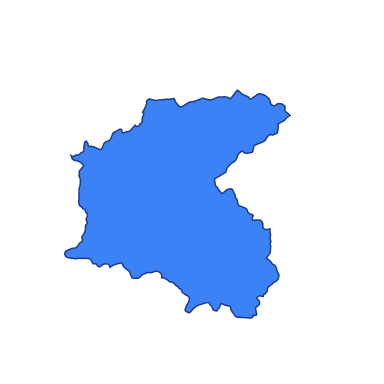 outline of Tra Bong, Quảng Ngãi, Vietnam, rotated 213°
{"feature_id": "81297802B78342510004852", "entity_name": "Tra Bong", "entity_type": "district", "adm_level": 2, "iso_a3": "VNM", "parent_name": "Vietnam", "parent_adm1": "Quảng Ngãi", "projection": "natural_earth1", "projection_center": [108.495, 15.224], "detail": "fine", "context": "isolated", "style": "filled", "palette": "blue", "viewbox_px": 384, "rotation_deg": 213, "n_neighbors": 0, "source": "geoboundaries", "source_scale": "gbopen_adm2", "svg_char_len": 6021}
<svg xmlns="http://www.w3.org/2000/svg" viewBox="0 0 384 384"><g transform="rotate(213 192 192)"><path d="M73.1,120.5L73.7,121.5L71.7,123.0L70.9,124.2L71.1,124.6L75.5,129.2L75.4,130.2L74.3,134.2L74.4,135.1L75.4,136.3L76.2,137.0L77.4,137.6L79.3,137.7L79.6,138.0L79.9,138.7L79.6,140.6L78.7,141.8L78.1,142.1L75.6,142.9L75.3,143.2L76.0,144.7L76.1,145.2L75.1,146.7L75.0,147.8L75.1,149.8L75.3,150.6L76.3,152.4L76.4,153.2L75.9,155.2L75.0,157.3L74.6,158.6L74.5,159.8L74.0,160.9L73.1,162.5L72.5,164.2L72.4,165.7L73.2,168.6L73.5,169.2L75.1,170.7L75.9,170.8L76.6,171.2L80.0,174.3L82.6,175.7L83.1,175.8L84.7,175.3L85.3,175.4L87.7,176.4L90.2,176.8L92.6,176.9L93.7,177.2L93.5,178.4L93.3,182.7L93.7,184.3L96.7,189.8L98.2,190.9L98.4,191.3L98.7,193.0L98.9,193.4L99.4,194.0L100.7,194.9L101.3,195.6L101.9,197.1L102.7,198.7L104.8,200.8L106.2,202.8L106.5,203.5L107.4,202.5L109.4,200.9L110.4,200.4L111.6,200.3L112.5,200.4L113.7,201.5L114.7,203.1L115.7,204.4L117.9,205.5L119.2,205.4L120.2,205.2L123.6,203.0L125.2,201.5L125.8,201.3L127.0,202.5L127.6,203.2L127.7,203.7L127.6,205.3L128.0,205.8L129.9,205.6L131.4,205.2L133.6,205.3L134.5,205.6L135.5,206.6L136.5,207.3L137.2,207.5L138.0,207.6L141.9,206.9L144.5,206.2L145.2,206.2L146.3,206.6L147.7,207.7L150.4,210.4L151.0,210.7L152.4,210.9L152.9,211.2L153.8,212.5L154.4,213.1L155.4,213.5L159.0,215.9L159.9,216.2L160.4,216.2L161.6,215.5L163.8,213.5L164.9,210.0L165.4,207.9L165.6,207.4L166.0,207.2L166.6,207.2L168.2,207.5L171.5,208.6L174.0,210.0L175.6,209.8L180.1,215.0L179.8,216.0L179.4,217.2L177.7,220.1L175.9,224.2L174.5,226.6L174.5,227.4L174.9,228.1L175.0,229.2L175.6,230.7L175.7,231.7L174.6,237.3L174.3,238.2L173.0,240.7L172.7,242.1L173.0,245.3L173.7,247.9L173.7,249.0L173.3,250.3L172.9,252.9L172.4,253.4L169.3,253.5L167.8,253.8L164.6,256.5L163.0,258.4L165.0,264.4L165.0,265.1L164.4,266.1L159.8,272.7L159.0,274.5L158.7,276.0L158.8,280.3L158.5,281.6L157.4,282.8L155.6,283.6L154.9,284.2L154.1,285.8L152.9,287.1L152.8,287.4L152.9,288.5L153.6,290.4L155.0,293.3L156.2,295.0L156.6,295.9L156.4,297.0L153.9,301.5L153.4,302.7L153.3,303.6L153.4,305.3L151.5,309.5L154.1,310.1L155.2,310.2L156.4,310.2L157.9,310.5L158.9,311.6L160.3,314.2L160.7,314.5L162.7,314.8L164.3,314.8L165.1,314.6L167.1,313.6L168.2,312.6L169.5,309.6L169.9,309.2L171.4,308.5L173.3,308.6L174.2,309.1L176.6,311.2L177.7,312.0L178.5,312.3L182.5,312.7L184.6,312.7L187.4,311.8L188.5,311.3L189.5,310.7L190.3,309.5L190.7,308.0L191.8,305.6L192.5,303.3L193.0,302.1L193.9,301.7L196.9,302.4L203.0,301.4L204.3,301.5L207.2,302.1L209.5,302.1L210.4,291.4L210.6,291.0L214.3,290.6L216.6,289.6L218.6,287.9L221.0,286.5L221.9,285.6L223.6,283.2L225.1,280.9L226.6,279.3L228.6,278.3L233.2,276.8L234.1,276.4L234.7,275.9L237.5,271.8L239.7,269.0L243.0,266.1L243.5,265.4L245.5,260.9L246.7,258.6L247.7,257.4L248.2,257.0L249.1,256.8L251.2,257.3L253.8,258.2L255.1,258.8L257.9,260.7L261.5,257.5L264.6,255.5L267.3,253.0L269.7,251.2L271.6,249.5L273.1,248.7L275.6,247.7L278.3,247.0L279.4,245.1L279.6,244.1L279.4,243.1L279.2,242.7L278.1,241.6L277.8,240.5L276.9,233.6L276.9,231.9L275.1,231.5L274.8,231.0L274.4,228.4L273.3,225.7L271.8,222.8L271.9,222.4L272.7,221.2L272.6,218.5L273.5,217.2L274.5,216.7L276.2,217.0L276.4,214.9L277.5,208.9L277.7,208.4L279.0,207.6L279.8,206.8L282.1,203.6L285.1,205.8L285.8,205.9L286.5,205.5L286.9,205.0L287.5,204.0L288.5,201.8L290.1,199.4L290.3,198.0L289.1,192.3L289.1,191.1L289.8,189.6L290.8,188.5L292.0,186.2L292.2,185.3L292.2,184.6L291.4,180.7L291.4,179.0L291.6,178.0L291.9,177.5L297.5,176.6L300.8,175.8L303.4,174.1L303.8,174.1L304.5,174.5L305.6,175.9L308.4,177.1L309.0,176.0L309.0,175.0L307.1,170.7L305.2,167.9L305.1,166.8L306.6,164.0L307.2,161.5L307.7,160.9L309.3,159.9L309.7,159.5L310.2,158.2L310.2,157.5L310.4,157.3L311.0,157.2L311.7,156.6L313.1,156.6L312.0,155.9L310.9,154.8L310.1,154.5L308.7,154.4L307.6,154.6L305.5,155.6L302.9,156.1L299.1,155.9L297.8,155.7L297.4,155.0L297.2,154.1L297.9,148.1L297.8,147.5L296.3,146.0L295.8,144.3L295.6,143.9L294.6,143.2L293.2,142.5L290.8,139.2L289.2,136.0L288.6,133.3L286.4,130.2L284.9,127.4L283.4,125.4L281.7,122.1L281.1,121.3L279.1,119.6L277.8,119.1L277.2,119.3L276.3,119.2L274.0,118.5L272.9,118.9L271.7,118.7L270.1,117.2L268.3,116.6L267.5,116.1L266.8,115.4L266.5,114.5L265.9,111.3L262.9,109.1L262.7,108.4L263.1,106.8L263.0,106.1L262.8,105.4L261.9,104.1L260.6,101.6L260.1,100.1L260.0,99.1L260.0,96.0L259.9,94.9L259.7,94.1L259.1,93.3L257.5,91.9L257.3,90.9L257.6,89.7L258.4,87.9L258.5,87.3L258.4,84.2L259.1,81.9L260.3,80.6L261.4,79.9L262.4,78.8L263.5,77.0L265.4,74.4L265.6,72.1L265.1,71.1L264.5,70.2L263.2,69.4L261.4,69.2L260.6,69.3L257.5,70.5L255.2,71.8L254.0,72.1L251.4,74.2L249.7,75.5L242.0,80.2L240.0,80.1L238.4,79.3L236.4,78.0L235.4,78.1L234.4,78.9L233.4,79.5L230.9,78.6L229.7,78.5L228.8,78.9L227.7,81.0L227.5,82.3L226.2,84.0L224.3,85.4L223.0,85.8L221.9,85.8L220.1,84.2L219.8,84.1L218.9,86.4L217.3,89.0L213.3,93.6L212.6,94.1L211.3,93.7L208.3,92.0L205.5,91.6L203.0,91.6L201.1,91.2L196.3,87.7L195.5,87.4L194.3,87.8L191.5,89.4L190.3,90.3L189.2,92.6L188.8,94.6L188.3,96.3L187.0,97.8L185.5,100.3L184.0,101.0L182.8,101.8L181.5,103.0L179.7,105.4L179.0,106.2L177.1,106.9L174.6,106.9L173.4,106.6L172.7,106.2L171.8,105.4L171.3,104.7L170.8,103.5L170.0,103.9L169.5,104.5L169.0,104.8L167.9,104.6L165.6,105.0L163.1,104.6L160.8,104.8L160.4,105.0L159.9,105.5L159.2,105.8L157.9,105.5L155.9,105.4L154.7,104.8L152.6,104.9L149.9,104.1L149.2,104.2L148.5,104.6L148.2,104.6L145.4,102.5L143.6,102.5L141.2,102.2L138.8,102.6L137.4,102.2L136.1,101.4L135.3,99.3L134.7,97.1L134.8,94.1L134.1,90.7L133.5,89.4L133.2,89.0L132.2,88.6L129.6,88.8L128.5,89.2L128.1,89.8L127.3,95.1L126.5,97.5L125.5,99.9L122.2,104.0L119.7,106.9L118.1,108.3L117.6,108.4L117.2,108.2L115.7,107.3L113.5,107.0L110.4,104.9L109.4,104.7L107.0,105.4L106.3,105.9L106.4,107.7L106.1,109.6L106.9,113.9L106.9,114.2L106.5,114.3L105.5,114.7L103.5,114.9L97.7,116.8L97.2,116.8L95.9,115.0L94.1,113.9L92.4,113.1L91.2,112.8L88.7,111.6L87.2,111.4L86.6,111.5L85.3,111.8L83.8,112.8L74.0,118.4L73.4,118.9L73.1,120.5Z" fill="#3b82f6" stroke="#1e3a8a" stroke-width="1.5"/></g></svg>